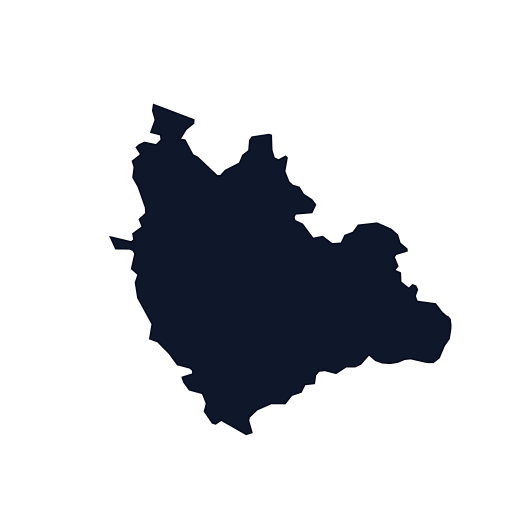 an SVG outline of Oxfordshire, rotated 329°
{"feature_id": "GBR-2751", "entity_name": "Oxfordshire", "entity_type": "Administrative County", "adm_level": 1, "iso_a3": "GBR", "parent_name": "United Kingdom", "parent_adm1": "", "projection": "albers", "projection_center": [-1.264, 51.807], "detail": "fine", "context": "isolated", "style": "filled", "palette": "ink", "viewbox_px": 512, "rotation_deg": 329, "n_neighbors": 0, "source": "natural_earth", "source_scale": "10m", "svg_char_len": 1919}
<svg xmlns="http://www.w3.org/2000/svg" viewBox="0 0 512 512"><g transform="rotate(329 256 256)"><path d="M141.2,324.6L142.8,321.6L141.9,318.1L132.7,308.6L131.5,294.9L127.6,278.8L122.3,272.3L132.0,260.9L133.2,231.0L139.0,216.7L145.5,211.2L142.8,202.9L153.5,191.7L153.6,187.8L151.5,184.9L139.5,177.5L141.0,164.7L156.3,179.7L159.7,179.3L162.0,173.5L173.6,172.5L174.9,164.5L183.7,162.7L186.3,157.5L190.8,135.8L191.0,125.3L197.4,117.2L199.0,111.0L208.4,109.9L209.7,108.8L209.4,101.3L213.0,100.6L218.9,101.2L227.7,109.4L234.6,107.7L236.7,103.0L229.6,95.8L239.8,87.5L242.3,78.3L246.2,73.5L272.8,107.3L270.8,110.1L261.3,111.4L250.8,116.8L254.8,120.0L253.9,136.7L256.7,141.2L264.0,167.2L266.8,169.0L273.8,166.9L289.8,167.9L296.6,162.9L304.2,162.0L310.3,153.6L313.7,152.0L329.6,158.5L331.3,160.4L324.1,173.2L322.0,181.2L324.7,185.4L332.7,185.8L333.2,187.8L324.1,198.2L322.3,209.4L323.7,214.3L328.3,219.3L328.4,227.6L332.8,236.7L333.4,242.7L326.3,247.5L311.4,240.2L308.5,242.2L307.5,245.7L312.2,252.7L313.9,270.3L323.1,273.7L327.5,284.8L335.7,289.0L342.8,284.2L351.5,285.8L359.5,282.3L376.7,290.2L385.5,302.7L388.1,310.8L386.0,319.1L388.9,327.6L388.1,329.4L376.7,326.6L373.8,328.1L372.3,337.7L367.2,339.5L371.0,344.8L366.6,352.9L370.3,362.6L375.4,361.4L377.4,364.1L377.0,368.0L371.7,372.3L370.7,377.9L385.1,389.4L386.3,399.6L387.8,404.8L389.4,407.5L389.7,410.3L387.4,415.5L385.3,418.7L379.0,426.3L371.2,429.8L360.5,437.6L353.2,438.5L347.9,435.3L335.7,423.6L330.1,421.0L323.0,420.0L315.9,417.2L309.5,412.8L304.7,407.0L302.0,398.7L289.9,402.6L283.8,401.9L276.2,397.3L264.2,397.8L256.1,389.5L250.5,387.0L245.7,388.7L240.3,395.3L231.7,391.3L224.5,395.9L214.8,393.7L205.0,397.5L192.9,390.2L177.7,388.3L167.0,390.7L164.7,393.4L161.5,405.3L155.7,403.8L141.7,378.8L134.8,379.1L132.6,376.6L131.8,362.7L137.6,356.9L139.4,346.2L130.0,336.5L129.2,326.9L130.3,322.0L141.2,324.6Z" fill="#0f172a" stroke="#020617" stroke-width="1.5"/></g></svg>